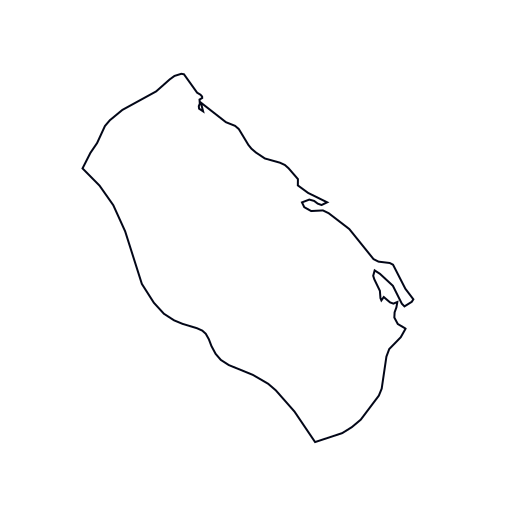 map outline of Bình Định (Albers equal-area conic projection), rotated 328°
{"feature_id": "VNM-485", "entity_name": "Bình Định", "entity_type": "Province", "adm_level": 1, "iso_a3": "VNM", "parent_name": "Vietnam", "parent_adm1": "", "projection": "albers", "projection_center": [109.055, 14.11], "detail": "fine", "context": "isolated", "style": "outline", "palette": "ink", "viewbox_px": 512, "rotation_deg": 328, "n_neighbors": 0, "source": "natural_earth", "source_scale": "10m", "svg_char_len": 1393}
<svg xmlns="http://www.w3.org/2000/svg" viewBox="0 0 512 512"><g transform="rotate(328 256 256)"><path d="M291.2,63.7L292.6,86.3L294.4,89.8L294.8,92.2L294.1,93.5L291.0,93.4L289.1,97.0L286.9,98.6L285.8,100.9L287.8,105.3L289.9,98.6L290.2,95.8L301.4,126.6L307.2,134.5L308.7,139.3L308.4,157.8L309.0,162.6L310.8,168.3L315.2,178.0L325.7,189.5L328.7,194.1L330.1,198.8L332.3,213.0L328.9,218.3L333.6,230.1L344.8,248.2L338.6,247.5L336.1,244.3L334.5,240.1L331.1,236.4L323.4,234.9L322.8,240.2L326.6,247.1L336.9,252.8L340.3,258.2L349.4,282.6L354.0,320.9L356.9,325.7L365.7,332.8L367.6,336.0L365.3,362.9L366.5,376.1L363.8,377.4L355.2,377.4L354.4,373.7L356.3,353.8L351.7,336.9L349.0,331.1L344.9,334.9L344.0,338.4L342.6,351.2L339.2,357.7L338.8,360.1L342.6,358.5L345.1,366.4L347.3,369.2L351.5,369.9L347.8,374.0L343.7,377.2L340.7,381.5L340.2,388.8L344.2,396.5L344.3,396.9L343.4,397.4L335.7,401.6L319.7,405.5L313.3,410.4L292.3,435.1L286.2,439.5L258.1,450.3L246.7,451.9L235.4,451.9L207.5,445.1L206.2,408.4L201.6,380.4L198.6,370.8L190.3,355.1L175.2,334.2L171.1,325.5L169.9,317.6L170.5,308.7L171.9,301.6L172.2,295.3L170.9,290.8L167.7,286.0L157.8,274.7L152.4,267.1L147.3,256.2L144.6,241.5L144.4,219.2L158.1,165.8L161.9,137.3L160.6,113.4L155.3,89.8L170.2,80.8L181.1,76.0L196.8,65.7L204.1,63.4L220.1,61.3L258.5,63.5L276.5,60.5L282.3,60.1L289.2,61.9L291.2,63.7Z" fill="none" stroke="#020617" stroke-width="2"/></g></svg>